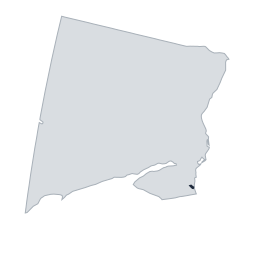 location of El Arish 3, Shamal Sina', Egypt, rotated 99°
{"feature_id": "37247803B18293726613988", "entity_name": "El Arish 3", "entity_type": "district", "adm_level": 2, "iso_a3": "EGY", "parent_name": "Egypt", "parent_adm1": "Shamal Sina'", "projection": "albers", "projection_center": [33.79, 31.001], "detail": "fine", "context": "in_parent", "style": "filled", "palette": "slate", "viewbox_px": 256, "rotation_deg": 99, "n_neighbors": 0, "source": "geoboundaries", "source_scale": "gbopen_adm2", "svg_char_len": 3143}
<svg xmlns="http://www.w3.org/2000/svg" viewBox="0 0 256 256"><g transform="rotate(99 128 128)"><path d="M228.0,216.2L222.4,216.3L216.9,216.5L211.4,216.6L205.9,216.7L200.4,216.7L194.8,216.8L189.3,216.9L183.8,216.9L178.3,216.9L172.8,216.9L167.2,216.9L161.7,216.9L156.2,216.8L150.7,216.7L145.2,216.7L139.6,216.6L136.5,216.5L137.1,214.9L137.4,213.8L137.1,213.0L136.0,212.8L135.3,213.0L133.6,216.3L132.7,216.4L130.7,216.4L124.3,216.2L117.9,216.0L111.5,215.8L105.0,215.6L98.6,215.3L92.2,215.0L85.8,214.7L79.3,214.4L72.9,214.1L66.5,213.7L60.1,213.3L53.7,212.9L47.3,212.5L40.9,212.0L34.4,211.5L28.0,211.0L28.4,207.1L28.7,203.1L29.0,199.1L29.3,195.1L29.6,191.2L29.9,187.2L30.2,183.2L30.6,179.2L30.9,175.2L31.2,171.2L31.5,167.2L31.8,163.2L32.1,159.3L32.5,155.3L32.8,151.3L33.1,147.3L33.4,143.3L33.7,139.3L34.1,135.3L34.4,131.2L34.7,127.2L35.0,123.2L35.3,119.2L35.6,115.2L36.0,111.2L36.3,107.2L36.6,103.2L36.9,99.2L37.2,95.2L37.6,91.2L37.9,87.1L38.2,83.1L38.1,82.4L37.5,79.6L37.0,76.0L36.4,71.7L36.4,70.3L35.4,65.8L35.4,64.6L35.8,63.7L38.4,60.2L39.3,58.4L40.0,56.3L40.4,54.6L39.9,51.9L39.3,49.4L39.2,46.9L39.3,44.5L40.6,42.9L42.1,41.5L42.7,40.6L43.7,39.6L44.3,39.1L45.3,41.4L47.6,41.9L55.6,40.6L64.0,43.1L68.7,44.1L76.0,46.2L80.3,49.5L81.5,49.9L84.7,50.0L86.7,51.9L95.1,53.1L99.5,55.3L101.9,56.9L103.5,57.5L104.8,57.5L106.7,57.0L109.0,56.0L111.6,54.5L116.9,50.9L118.8,50.2L120.0,50.5L121.4,50.5L122.1,49.4L122.8,48.7L123.3,47.9L124.2,47.0L126.9,46.8L132.3,45.2L131.7,46.0L126.7,47.8L128.8,48.1L131.0,47.5L133.5,47.1L133.9,46.3L134.3,44.8L134.8,44.6L136.4,45.0L141.4,47.4L142.7,47.5L146.3,46.3L147.1,46.0L148.2,46.7L150.8,49.7L149.9,49.6L147.1,47.1L146.8,48.3L145.2,50.4L147.2,51.4L148.8,51.8L149.6,53.0L150.2,54.1L151.8,53.7L153.0,52.2L152.4,51.4L152.0,50.5L152.5,50.5L153.6,51.2L156.8,54.1L157.9,54.6L159.1,54.6L161.8,53.8L162.5,53.9L166.0,52.9L166.4,53.7L167.0,54.4L169.8,53.6L174.2,53.6L177.8,52.7L182.0,50.5L182.4,50.2L182.6,50.7L183.1,52.2L184.4,56.0L185.5,59.0L186.9,63.2L187.4,64.8L187.6,65.9L189.6,70.4L190.8,74.2L191.7,77.2L193.0,81.7L193.5,83.2L192.7,84.0L190.9,86.9L189.1,96.1L186.5,103.3L186.2,107.8L185.8,109.5L184.5,111.7L183.0,114.0L180.2,112.8L175.6,108.9L173.0,105.2L170.2,102.8L167.6,99.6L166.9,97.3L166.9,95.8L165.8,92.2L164.9,90.5L161.7,86.7L160.8,84.6L160.1,83.7L159.4,82.4L158.3,77.4L157.1,74.3L155.6,75.1L155.9,76.5L154.6,78.3L153.8,80.4L154.4,82.1L157.0,84.8L157.5,86.0L158.1,88.5L157.9,91.9L158.3,93.1L160.3,95.6L161.0,97.1L161.4,98.4L162.1,99.6L164.0,101.8L166.8,106.0L169.5,108.9L171.4,110.2L172.3,111.6L172.4,115.1L172.3,116.8L174.0,120.0L174.6,121.6L176.3,122.9L177.1,124.4L177.8,126.8L178.8,134.0L180.3,135.7L184.8,145.1L188.7,151.1L190.6,155.5L193.5,160.9L199.2,172.7L202.6,176.3L203.9,178.3L206.4,179.8L209.1,182.1L206.5,181.9L205.9,182.1L205.0,182.5L204.6,183.9L204.5,185.0L204.9,191.0L205.6,194.0L207.9,199.8L209.6,201.5L210.5,202.6L211.6,203.4L216.9,205.2L220.1,209.3L227.2,214.4L227.9,215.8L228.0,216.2Z" fill="#d9dde1" stroke="#a8b0b8" stroke-width="1"/><path d="M176.2,54.1L175.6,55.4L174.8,56.7L175.3,57.8L175.9,57.1L177.4,54.9L177.4,54.2L176.2,54.1Z" fill="#64748b" stroke="#1e293b" stroke-width="1.5"/></g></svg>